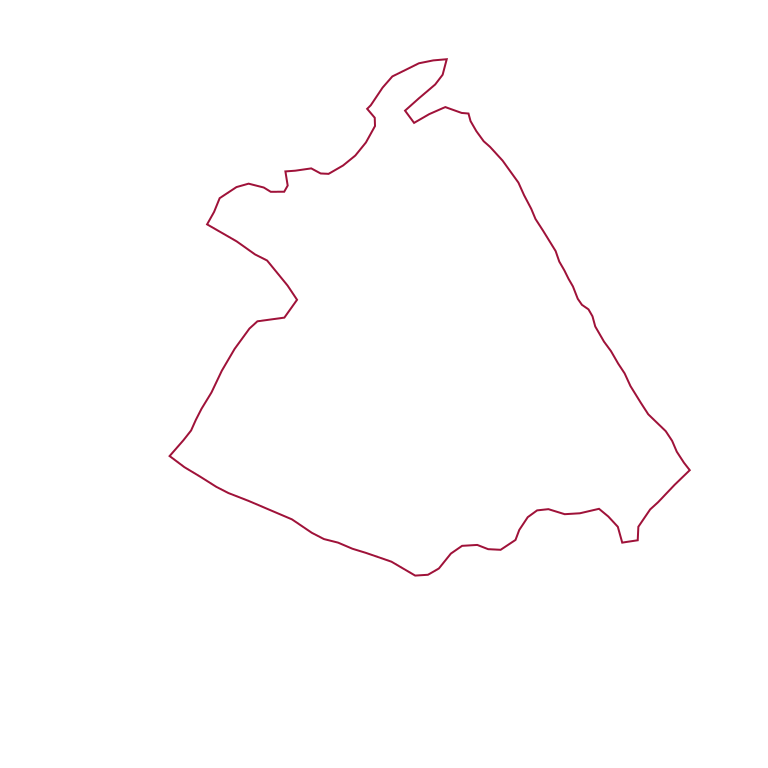 the district of Charkeia, Cyprus, rotated 150°
{"feature_id": "46923920B54371485006502", "entity_name": "Charkeia", "entity_type": "district", "adm_level": 2, "iso_a3": "CYP", "parent_name": "Cyprus", "parent_adm1": "", "projection": "equal_earth", "projection_center": [33.53, 35.309], "detail": "fine", "context": "isolated", "style": "outline", "palette": "rose", "viewbox_px": 768, "rotation_deg": 150, "n_neighbors": 0, "source": "geoboundaries", "source_scale": "gbopen_adm2", "svg_char_len": 1666}
<svg xmlns="http://www.w3.org/2000/svg" viewBox="0 0 768 768"><g transform="rotate(150 384 384)"><path d="M261.0,630.7L258.9,619.2L262.8,611.9L278.9,602.2L294.6,596.2L310.2,593.7L326.9,593.7L333.6,598.0L339.2,607.1L354.2,613.1L363.1,617.4L368.2,604.0L374.3,600.4L386.0,607.1L389.9,614.3L401.1,625.2L413.3,628.3L433.4,627.1L445.1,618.0L457.4,610.7L440.3,581.2L430.9,560.7L423.5,549.4L418.3,517.5L417.2,500.4L437.1,491.3L462.3,501.6L472.8,499.3L495.8,489.1L517.8,476.6L537.7,462.9L554.4,453.8L564.9,447.0L574.3,440.2L585.8,435.6L605.7,428.8L598.4,411.7L589.0,394.7L580.6,378.7L573.3,367.4L559.6,350.3L540.8,325.3L531.4,312.8L520.9,291.2L513.6,279.8L503.1,269.6L493.7,257.1L484.2,246.9L466.4,226.4L452.8,202.5L441.3,196.8L428.7,196.8L410.9,203.7L397.3,204.8L383.7,198.0L376.4,188.9L365.9,182.1L348.1,183.2L339.8,190.0L326.1,196.8L314.6,198.0L304.2,193.4L292.6,180.9L279.0,174.1L260.2,168.4L256.0,157.1L252.9,143.4L257.0,127.5L252.8,125.9L242.4,121.8L235.1,133.2L216.2,142.3L205.7,144.6L194.2,148.0L182.7,151.4L162.3,156.5L163.6,165.9L164.3,179.0L162.9,190.7L163.6,202.3L166.3,211.7L170.3,225.6L171.0,239.4L171.6,259.0L170.3,272.9L171.0,284.5L171.0,299.1L172.3,310.7L172.3,328.2L169.6,338.4L169.6,346.4L173.0,353.6L173.6,360.9L171.6,374.0L171.6,382.8L171.0,392.2L171.0,402.4L168.9,413.3L169.6,437.3L170.3,451.2L168.9,462.1L168.3,477.4L166.9,491.2L168.3,505.0L169.6,518.1L173.6,536.3L176.3,544.4L177.6,556.7L177.6,568.4L175.6,576.0L181.2,579.9L192.5,593.2L209.9,595.1L227.4,595.1L229.1,610.2L210.8,614.0L189.9,617.8L178.6,622.5L167.3,633.9L179.5,639.6L193.4,644.3L223.0,646.2L237.0,641.4L256.1,632.0L261.0,630.7Z" fill="none" stroke="#9f1239" stroke-width="2"/></g></svg>